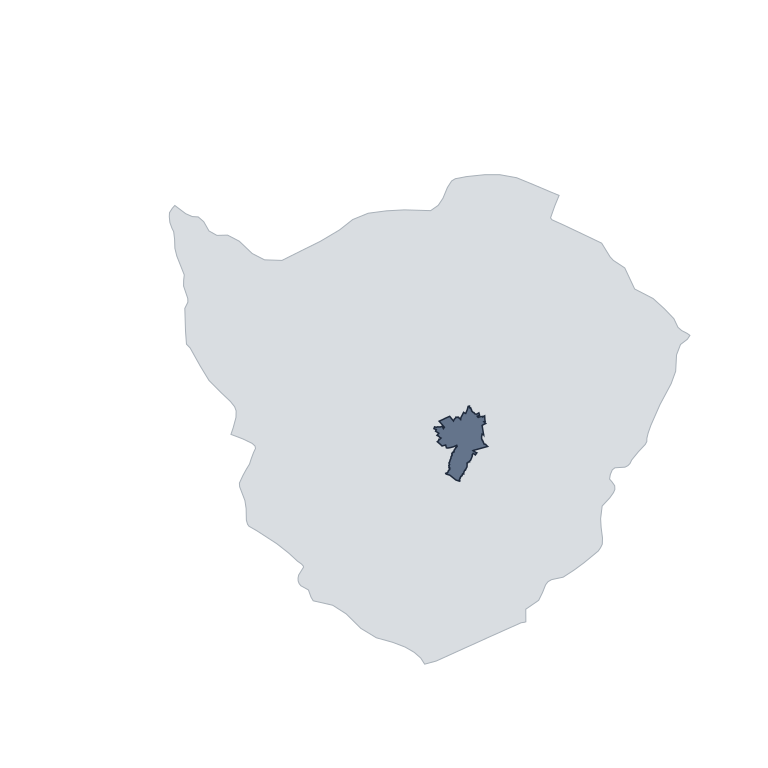 Chirumhanzu, Midlands, Zimbabwe (highlighted), rotated 23°
{"feature_id": "62879985B8175030067165", "entity_name": "Chirumhanzu", "entity_type": "district", "adm_level": 2, "iso_a3": "ZWE", "parent_name": "Zimbabwe", "parent_adm1": "Midlands", "projection": "orthographic", "projection_center": [30.527, -19.353], "detail": "fine", "context": "in_parent", "style": "filled", "palette": "slate", "viewbox_px": 768, "rotation_deg": 23, "n_neighbors": 0, "source": "geoboundaries", "source_scale": "gbopen_adm2", "svg_char_len": 7108}
<svg xmlns="http://www.w3.org/2000/svg" viewBox="0 0 768 768"><g transform="rotate(23 384 384)"><path d="M530.9,626.0L524.9,621.9L516.7,619.2L506.3,617.9L492.8,618.4L476.1,620.6L458.2,618.0L439.1,610.4L423.2,607.7L404.3,611.1L403.5,611.2L400.1,608.7L394.9,603.1L386.3,602.2L383.9,600.9L381.9,598.8L380.7,596.2L380.1,593.2L381.5,584.0L380.7,583.0L378.3,581.9L373.6,580.9L362.1,576.8L347.7,572.9L324.4,568.8L315.3,567.7L313.2,566.4L310.5,563.1L305.8,552.6L301.5,545.6L291.3,535.0L289.6,531.7L289.9,523.1L290.6,516.2L291.5,510.3L291.0,504.9L290.7,498.0L290.9,493.5L289.5,491.5L285.9,490.2L275.4,489.7L262.8,490.2L262.3,483.3L260.8,472.6L258.4,466.5L255.4,463.3L249.5,460.1L237.7,455.7L221.5,449.1L207.6,439.1L191.5,426.6L186.6,424.5L180.5,412.6L171.1,392.2L171.5,385.3L170.0,382.0L161.2,372.1L159.1,366.9L157.5,361.6L143.3,347.2L138.5,340.8L134.7,332.6L130.9,326.0L127.9,323.4L123.8,319.0L121.0,313.9L119.6,310.1L120.5,304.9L121.7,301.4L134.9,304.7L142.1,304.8L147.7,302.8L154.6,305.0L163.1,311.5L172.1,312.5L181.8,308.1L195.0,309.1L211.7,315.4L225.5,316.4L241.8,310.1L256.1,293.3L269.6,277.6L282.9,259.5L290.9,244.9L302.7,233.0L318.5,223.7L334.6,215.8L359.2,206.2L364.1,198.4L365.7,190.0L365.6,178.3L366.9,170.7L369.4,167.2L373.5,164.5L378.8,160.9L395.1,151.9L408.8,146.1L425.5,142.3L443.8,142.1L461.5,142.1L471.5,142.0L471.6,153.3L472.4,166.0L474.4,167.2L487.6,167.5L508.9,168.4L529.3,169.3L542.4,178.6L546.8,180.6L560.3,183.1L577.6,198.6L598.4,200.2L612.7,205.2L625.3,210.6L632.5,217.0L637.1,218.5L643.5,219.0L646.6,219.7L645.8,224.2L641.5,231.8L641.9,242.9L647.5,258.3L648.2,271.6L646.1,295.0L645.8,317.8L646.3,325.9L647.2,331.3L648.4,334.3L648.1,337.6L644.6,347.1L641.7,357.1L641.5,361.1L640.4,363.9L638.3,366.4L629.3,370.9L627.7,373.8L627.7,379.0L628.8,383.4L632.1,385.0L636.1,387.5L637.7,390.8L637.7,394.3L636.3,400.6L632.5,411.1L636.0,423.3L639.9,431.2L645.3,440.4L647.5,446.1L647.3,450.1L646.5,454.0L637.9,470.5L631.8,480.8L624.4,491.8L614.7,498.6L612.2,501.9L611.2,505.7L611.4,514.0L610.9,522.7L602.5,535.9L607.5,547.5L606.3,548.5L603.5,550.2L591.6,563.0L579.6,575.9L570.9,585.4L560.9,596.2L549.8,608.3L540.3,618.6L530.9,626.0Z" fill="#d9dde1" stroke="#a8b0b8" stroke-width="1"/><path d="M482.6,373.5L482.3,373.9L481.9,374.4L481.7,374.8L481.2,375.3L480.7,375.8L480.4,375.8L480.0,375.9L479.6,375.9L479.2,375.9L478.8,375.9L478.7,375.8L478.7,375.7L478.3,375.3L478.1,375.2L477.7,375.1L477.3,375.3L477.1,375.3L476.6,375.1L476.2,375.0L475.8,374.6L475.6,374.6L475.2,374.6L475.0,374.4L474.8,373.8L474.6,373.5L474.4,373.3L473.9,373.0L473.7,372.7L473.3,372.3L473.2,372.2L472.9,372.6L472.7,372.6L472.7,372.4L472.5,372.1L472.2,372.0L471.6,371.9L471.4,371.7L471.3,371.0L471.3,370.9L471.2,370.9L471.1,371.0L470.9,371.5L470.4,371.5L470.2,371.7L470.7,375.2L470.7,375.9L470.7,376.3L470.7,376.9L470.7,378.9L470.7,379.2L469.7,379.2L468.6,379.1L468.4,379.0L468.3,379.5L468.2,381.6L468.1,382.9L467.9,384.8L468.5,386.9L468.3,386.9L468.1,386.6L467.8,386.3L467.5,386.2L467.2,386.2L466.9,386.1L466.6,386.1L466.4,386.0L466.2,385.8L466.0,385.6L465.8,385.6L465.6,385.5L465.5,385.8L464.5,385.8L464.2,386.3L463.2,386.3L463.2,386.5L463.2,386.8L463.1,387.0L463.2,387.3L462.5,388.8L462.6,389.0L462.5,389.4L462.4,389.8L462.4,390.4L462.4,390.9L457.1,388.1L453.8,391.6L453.7,391.7L452.4,393.3L451.2,394.6L450.2,395.7L449.3,396.7L453.5,398.7L455.2,399.6L456.5,400.2L456.1,401.9L454.0,400.2L452.6,401.6L452.0,401.8L449.7,402.7L449.2,403.5L447.7,403.6L447.3,403.7L447.4,405.6L450.0,405.6L449.9,407.3L453.7,407.9L452.8,410.6L453.5,410.7L453.7,410.3L455.3,411.0L456.4,411.4L456.6,411.4L457.6,411.5L456.8,413.4L456.2,413.4L456.3,415.0L455.8,415.9L455.6,416.3L459.1,417.4L460.7,418.0L461.6,418.4L461.9,418.2L462.0,418.1L462.2,417.9L464.6,416.1L466.4,418.4L467.8,418.0L470.1,416.5L472.5,414.6L474.9,412.0L475.0,412.1L475.6,412.7L475.4,413.0L475.5,413.4L475.4,413.8L475.4,414.2L475.2,414.5L474.9,414.5L475.0,414.8L474.9,415.1L474.9,415.3L474.7,416.0L474.7,416.4L474.8,416.6L474.6,417.0L474.4,417.4L474.6,417.7L474.7,418.2L474.5,418.5L474.7,418.8L475.0,419.0L475.0,419.4L474.9,419.5L474.2,419.7L474.2,419.8L474.4,419.8L474.0,420.0L473.8,420.2L473.8,420.3L474.0,420.5L473.9,420.6L473.8,420.9L473.8,421.0L473.9,421.4L473.7,421.5L473.8,421.6L473.9,421.8L473.9,422.1L474.1,422.2L474.4,422.5L474.4,422.9L474.3,423.0L474.3,423.3L474.5,423.3L474.4,424.1L474.1,424.5L474.3,424.9L474.4,425.8L474.7,426.3L474.6,426.6L474.6,426.8L474.6,427.0L474.6,427.4L474.6,427.6L474.5,427.9L474.5,428.2L474.7,428.4L474.7,428.6L474.7,428.9L474.7,429.2L474.8,429.5L474.8,430.0L474.9,430.3L474.7,430.6L474.6,430.8L474.9,431.1L474.9,431.5L475.0,431.6L475.0,431.8L475.1,432.1L475.3,432.3L475.8,432.4L475.8,432.5L475.7,432.7L475.8,433.2L475.7,433.4L475.5,433.7L475.6,434.0L475.8,434.2L476.0,434.3L476.2,434.5L476.3,434.6L476.4,434.8L476.5,435.0L476.4,435.0L476.4,435.4L476.6,435.4L476.8,435.5L477.3,435.6L477.2,435.7L477.3,435.9L477.3,436.0L477.1,436.2L477.1,436.3L477.3,436.4L477.3,436.5L477.5,436.8L477.7,437.1L477.9,437.2L477.7,437.6L477.4,437.8L477.2,438.3L477.2,438.6L477.2,438.9L477.1,439.1L477.1,439.4L477.3,439.8L477.3,440.0L477.2,440.7L477.0,440.9L476.7,441.0L476.6,441.3L476.6,441.5L476.8,441.8L476.6,442.1L476.3,442.0L476.0,441.9L475.9,441.9L475.7,442.1L475.8,442.2L475.9,442.4L476.0,442.4L476.6,442.6L478.6,442.4L480.2,442.2L487.7,444.3L491.3,444.0L491.3,443.8L491.4,443.7L491.7,443.6L491.6,443.3L491.5,443.2L491.2,443.0L490.9,442.9L490.7,442.6L490.7,442.2L490.8,441.9L490.8,441.6L491.0,441.5L491.0,441.3L490.8,441.3L490.8,441.1L490.7,440.9L490.7,440.5L490.8,440.4L490.9,440.2L490.8,439.9L490.8,439.5L490.9,439.4L490.8,439.2L491.0,439.1L491.1,438.9L491.1,438.6L491.2,438.4L491.5,438.3L491.6,438.2L491.7,437.7L491.4,436.7L491.5,436.6L491.4,436.5L491.5,436.1L491.5,435.9L491.6,435.7L491.9,435.6L492.2,435.6L492.5,435.6L492.1,434.6L492.1,434.1L491.9,433.7L492.0,432.7L492.0,431.8L492.6,431.5L492.6,429.5L492.8,427.9L492.0,425.7L491.3,424.4L491.9,423.9L492.0,423.0L493.1,422.3L492.8,422.0L492.9,421.5L493.3,420.9L493.5,420.3L493.5,419.6L493.5,418.1L493.4,415.5L492.8,415.0L492.9,414.7L493.0,414.0L493.2,413.0L494.8,413.4L495.8,413.6L495.9,412.6L496.3,412.0L495.9,411.4L496.0,411.4L496.2,411.1L495.5,411.1L491.9,410.6L492.1,410.3L503.8,401.0L502.1,400.4L501.1,399.8L499.6,400.2L499.4,400.0L499.4,399.9L499.2,399.7L498.9,399.5L498.7,399.3L498.5,399.1L498.4,398.9L498.2,398.9L498.0,398.7L497.9,398.4L497.7,398.3L497.6,398.2L497.3,398.0L497.2,397.9L497.1,397.7L496.8,397.7L496.7,397.7L496.5,397.3L496.5,397.2L496.1,397.1L495.9,397.0L495.8,396.9L495.7,396.6L495.2,396.2L495.1,395.8L494.9,395.4L494.8,395.2L494.7,395.2L494.4,395.2L494.6,395.1L493.8,391.8L494.0,391.8L494.4,391.8L494.5,391.8L494.8,391.9L495.0,391.6L495.3,391.6L495.6,391.8L495.4,391.4L494.8,390.7L493.5,388.6L490.5,383.8L491.8,382.0L493.1,380.6L490.7,379.7L491.3,379.2L491.5,379.3L491.8,379.3L491.9,379.1L491.7,378.9L490.8,377.4L490.5,376.9L490.4,376.6L489.1,374.0L487.9,375.7L487.6,375.2L485.8,376.3L485.1,376.8L484.5,377.3L483.8,378.0L483.5,377.9L483.0,377.7L482.7,377.5L482.7,377.4L482.4,377.2L484.2,375.5L483.2,374.2L482.9,373.9L482.6,373.5Z" fill="#64748b" stroke="#1e293b" stroke-width="1.5"/></g></svg>